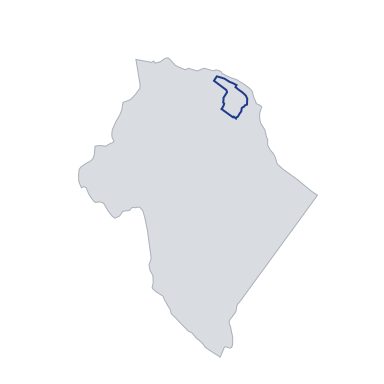 location of Nakapiripirit within Uganda, rotated 306°
{"feature_id": "UGA-3128", "entity_name": "Nakapiripirit", "entity_type": "District", "adm_level": 1, "iso_a3": "UGA", "parent_name": "Uganda", "parent_adm1": "", "projection": "albers", "projection_center": [34.525, 2.013], "detail": "fine", "context": "in_parent", "style": "outline", "palette": "blue", "viewbox_px": 384, "rotation_deg": 306, "n_neighbors": 0, "source": "natural_earth", "source_scale": "10m", "svg_char_len": 2786}
<svg xmlns="http://www.w3.org/2000/svg" viewBox="0 0 384 384"><g transform="rotate(306 192 192)"><path d="M263.1,295.4L258.3,295.4L250.6,295.4L242.9,295.4L235.1,295.4L227.4,295.4L219.7,295.4L211.9,295.3L204.2,295.3L196.5,295.3L188.7,295.3L181.0,295.3L173.2,295.3L165.5,295.2L157.8,295.2L150.0,295.2L142.3,295.2L134.6,295.2L130.0,295.1L129.1,295.0L128.5,294.8L125.5,295.4L122.5,297.3L119.3,298.0L115.9,297.7L115.4,297.9L113.7,297.9L111.2,297.7L108.9,298.2L107.2,299.9L105.4,302.7L102.2,306.0L99.7,308.9L97.6,310.9L92.8,314.3L90.1,315.3L88.8,315.1L88.0,314.5L86.5,310.1L85.6,309.4L76.2,311.6L74.8,311.7L74.9,310.3L74.3,300.1L74.2,293.9L75.5,290.0L76.2,285.5L76.3,281.5L78.0,274.7L77.4,270.7L79.7,256.4L80.3,254.1L81.2,247.3L82.6,245.1L83.8,244.3L85.4,240.1L88.5,233.4L90.7,229.9L90.2,222.3L90.6,217.2L91.1,216.0L95.6,214.1L101.5,209.4L104.1,203.8L107.6,200.2L114.4,197.9L134.6,178.7L144.0,168.3L148.1,163.0L148.3,161.1L149.1,158.6L147.4,156.6L145.5,154.9L144.9,153.2L143.2,152.4L140.8,152.4L139.2,151.2L137.4,148.9L135.6,147.4L129.9,147.5L125.5,145.1L125.5,141.9L127.3,135.4L130.6,128.1L130.8,126.1L130.4,124.4L129.6,122.9L128.0,121.4L126.6,119.6L127.8,114.4L129.9,109.2L131.6,106.6L133.3,103.7L132.8,101.3L130.4,100.2L131.7,97.8L134.3,93.9L139.5,90.0L144.0,87.4L147.0,87.4L152.9,89.5L158.2,92.0L161.1,92.1L164.6,91.1L172.0,86.7L173.7,88.1L175.9,90.8L178.2,95.2L182.8,97.2L185.0,98.6L186.6,99.0L187.5,98.7L189.2,95.2L191.4,93.3L195.3,91.0L203.9,89.1L210.1,88.5L212.7,88.1L217.0,87.0L223.9,83.5L230.7,88.0L238.1,88.9L245.3,88.9L247.4,87.5L248.7,86.5L256.2,78.9L266.3,68.7L273.1,83.1L275.4,84.0L275.1,85.2L274.5,86.4L278.9,89.9L284.4,91.7L286.3,93.5L286.5,95.4L284.7,103.8L285.0,106.2L286.8,114.6L290.0,116.5L292.9,125.0L298.7,128.6L299.5,129.6L300.9,133.7L302.7,138.2L304.1,139.3L304.9,139.5L306.6,144.3L305.6,147.0L307.0,155.2L309.2,162.4L309.8,171.1L309.8,175.0L309.7,177.3L309.2,180.6L308.2,182.5L306.3,184.4L304.3,187.3L302.5,190.5L301.3,192.0L302.2,196.7L302.0,198.0L301.5,198.6L298.9,199.3L295.5,200.5L293.5,201.8L290.6,204.2L288.2,206.7L285.2,214.3L280.0,220.2L279.2,222.2L274.3,225.7L272.2,230.0L270.8,235.4L268.9,239.2L264.8,244.4L263.9,252.7L264.0,269.2L262.9,288.0L263.1,295.4Z" fill="#d9dde1" stroke="#a8b0b8" stroke-width="1"/><path d="M292.2,183.9L291.4,183.9L290.9,183.5L290.3,183.2L289.2,182.9L286.1,184.5L283.7,184.4L279.9,184.8L279.2,184.5L278.7,184.1L278.0,184.2L277.3,184.4L277.5,181.4L277.1,181.2L276.5,181.2L276.5,167.1L278.2,167.1L280.7,166.7L282.4,166.1L282.8,164.6L284.3,163.8L286.8,162.1L293.4,161.7L294.7,159.8L294.9,144.4L300.1,144.1L301.4,147.5L302.8,151.7L303.2,157.9L303.9,160.2L304.7,165.2L302.4,165.5L302.2,169.2L302.2,174.8L301.6,179.0L299.9,181.9L297.6,183.4L295.0,185.1L293.0,183.8L292.2,183.9Z" fill="none" stroke="#1e3a8a" stroke-width="2"/></g></svg>